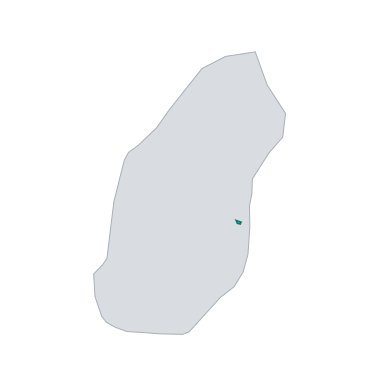 location of 38, Ar Rayyān, Qatar, rotated 19°
{"feature_id": "91078587B93924165383207", "entity_name": "38", "entity_type": "district", "adm_level": 2, "iso_a3": "QAT", "parent_name": "Qatar", "parent_adm1": "Ar Rayyān", "projection": "albers", "projection_center": [51.491, 25.288], "detail": "fine", "context": "in_parent", "style": "filled", "palette": "teal", "viewbox_px": 384, "rotation_deg": 19, "n_neighbors": 0, "source": "geoboundaries", "source_scale": "gbopen_adm2", "svg_char_len": 755}
<svg xmlns="http://www.w3.org/2000/svg" viewBox="0 0 384 384"><g transform="rotate(19 192 192)"><path d="M206.7,336.9L191.0,340.9L176.1,345.1L163.7,344.9L153.8,343.2L147.2,339.1L134.5,322.7L125.7,301.6L131.2,289.8L133.2,282.5L121.3,226.7L117.6,183.9L119.1,175.2L126.1,165.1L137.6,142.9L143.8,121.5L161.3,71.9L179.5,52.9L206.2,38.9L228.2,66.3L254.9,87.3L259.9,110.7L252.1,129.8L244.8,160.1L249.2,174.1L250.8,186.1L258.1,206.4L265.2,232.7L266.4,251.1L262.6,268.0L253.2,282.3L234.8,325.2L229.3,329.7L206.7,336.9Z" fill="#d9dde1" stroke="#a8b0b8" stroke-width="1"/><path d="M243.0,204.6L243.3,204.9L245.1,206.9L248.1,206.6L248.1,205.9L248.1,205.1L248.3,204.5L245.2,204.5L242.9,204.5L243.0,204.6Z" fill="#14b8a6" stroke="#0f766e" stroke-width="1.5"/></g></svg>